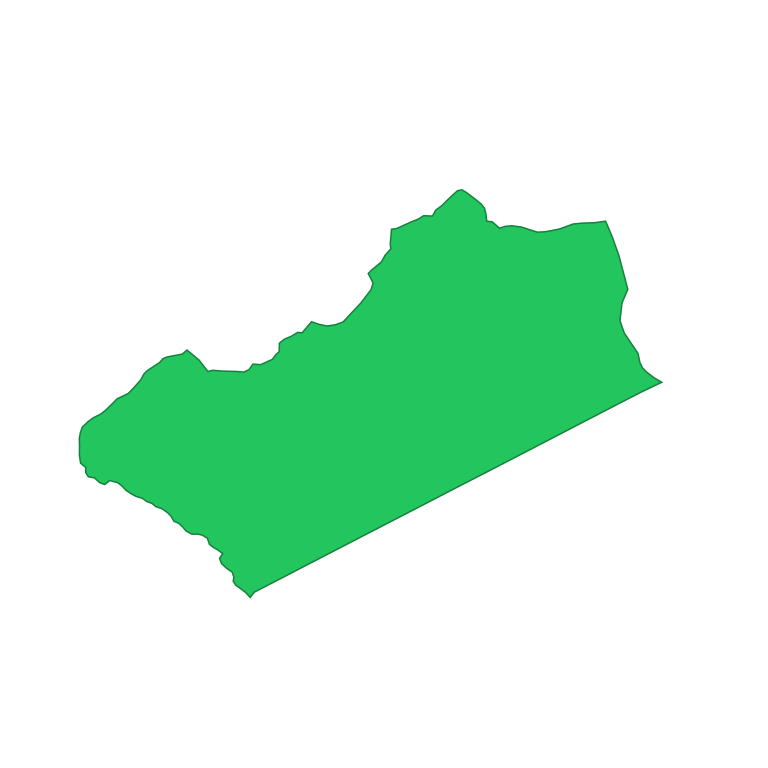 outline of Delmiro Gouveia, Alagoas, Brazil, rotated 120°
{"feature_id": "56859067B13421940338218", "entity_name": "Delmiro Gouveia", "entity_type": "district", "adm_level": 2, "iso_a3": "BRA", "parent_name": "Brazil", "parent_adm1": "Alagoas", "projection": "natural_earth1", "projection_center": [-38.034, -9.399], "detail": "fine", "context": "isolated", "style": "filled", "palette": "green", "viewbox_px": 768, "rotation_deg": 120, "n_neighbors": 0, "source": "geoboundaries", "source_scale": "gbopen_adm2", "svg_char_len": 1947}
<svg xmlns="http://www.w3.org/2000/svg" viewBox="0 0 768 768"><g transform="rotate(120 384 384)"><path d="M132.2,273.5L139.2,282.5L146.1,293.6L151.0,300.3L162.2,309.7L171.3,320.2L175.8,327.0L179.4,343.5L183.0,352.3L186.8,357.8L191.3,361.8L189.4,371.4L191.6,376.4L185.5,381.0L181.5,384.9L179.5,390.0L178.4,396.9L176.9,408.7L176.9,413.7L179.9,417.0L187.0,419.3L194.6,421.5L200.6,423.1L207.5,426.1L214.3,426.0L218.5,433.9L223.8,436.6L230.6,441.9L243.2,450.9L246.2,454.9L250.3,452.9L259.7,448.6L263.4,445.7L272.0,447.4L279.6,447.3L291.7,451.8L296.2,452.9L302.0,443.9L308.9,442.4L325.7,444.6L339.6,447.9L350.6,450.4L357.0,455.7L362.2,462.2L364.8,470.0L366.3,477.9L380.6,480.5L382.5,484.6L389.3,488.3L394.8,492.6L400.9,495.0L408.3,491.0L413.6,492.5L418.5,493.0L428.9,500.5L432.3,507.4L439.0,508.1L443.8,511.4L446.8,517.8L453.6,530.4L457.6,538.9L461.2,542.9L455.8,556.0L454.6,562.8L453.1,571.6L458.9,573.6L468.8,585.1L472.5,588.1L477.7,589.1L490.5,595.6L495.3,596.9L501.8,596.7L510.4,598.4L520.0,600.7L530.2,607.7L536.1,609.2L546.0,612.0L551.8,614.4L558.5,618.8L564.3,621.4L572.3,623.7L577.7,622.7L583.2,620.8L590.2,616.5L597.8,612.3L604.3,607.2L605.4,600.7L609.9,598.0L612.2,593.7L610.1,587.8L611.6,580.9L610.7,575.6L604.7,573.1L602.6,565.2L603.4,559.8L605.1,554.0L605.5,549.0L605.3,542.3L603.8,536.2L604.4,530.6L603.4,525.0L604.3,520.4L603.0,513.8L603.6,507.7L604.9,502.6L607.9,497.3L607.3,492.0L608.4,487.2L610.3,481.8L610.1,475.3L607.3,470.5L605.8,466.2L605.8,460.0L610.2,454.9L610.8,450.2L610.8,444.9L611.6,438.8L617.2,439.3L620.8,434.8L622.4,427.8L622.8,421.5L626.3,417.5L630.2,416.0L632.4,411.8L632.9,406.2L633.8,399.4L635.8,393.2L629.1,392.2L549.9,341.5L458.4,282.8L438.8,270.3L397.8,243.9L286.0,172.4L261.5,156.6L243.6,144.3L243.6,153.4L242.2,163.2L240.7,168.3L237.5,173.1L230.6,179.2L219.8,201.3L215.1,206.8L211.0,211.4L194.8,218.4L180.1,220.2L155.1,245.0L142.4,260.0L132.2,273.5Z" fill="#22c55e" stroke="#15803d" stroke-width="1.5"/></g></svg>